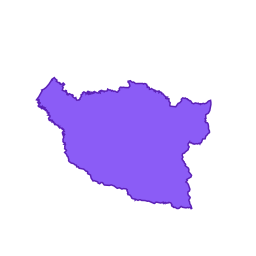 Pekalongan, Jawa Tengah, Indonesia, rotated 298°
{"feature_id": "22746128B43405552393366", "entity_name": "Pekalongan", "entity_type": "district", "adm_level": 2, "iso_a3": "IDN", "parent_name": "Indonesia", "parent_adm1": "Jawa Tengah", "projection": "natural_earth1", "projection_center": [109.637, -7.042], "detail": "fine", "context": "isolated", "style": "filled", "palette": "violet", "viewbox_px": 256, "rotation_deg": 298, "n_neighbors": 0, "source": "geoboundaries", "source_scale": "gbopen_adm2", "svg_char_len": 5782}
<svg xmlns="http://www.w3.org/2000/svg" viewBox="0 0 256 256"><g transform="rotate(298 128 128)"><path d="M191.2,187.9L189.5,186.4L186.8,185.6L185.3,184.1L185.1,182.9L183.6,181.4L183.5,180.8L182.9,180.7L183.2,180.3L182.6,179.3L182.9,178.5L182.4,178.0L181.7,175.6L180.3,174.7L180.0,172.9L181.2,170.9L181.3,169.9L180.9,169.5L181.4,167.9L181.1,167.2L181.6,166.7L181.2,165.4L181.4,164.5L180.6,163.9L180.3,162.2L178.4,161.6L177.5,162.4L176.7,162.4L174.5,161.8L173.3,160.7L169.2,160.2L167.3,155.5L167.3,154.5L169.1,153.6L170.0,153.5L170.8,151.6L172.2,150.9L172.6,150.2L173.0,150.3L173.0,149.1L172.1,148.9L171.9,147.4L172.5,147.1L173.3,147.5L172.9,146.8L173.3,146.6L173.6,144.7L174.5,143.3L174.1,141.7L174.9,141.4L175.1,140.5L175.0,139.7L174.6,139.6L174.9,138.9L174.0,138.6L175.2,137.9L174.3,136.9L173.8,135.4L173.0,135.2L174.0,134.2L174.0,133.9L173.1,133.7L173.7,133.0L173.8,130.1L172.9,129.8L172.2,128.8L173.7,127.8L173.8,127.3L172.9,126.0L173.4,125.6L174.1,125.7L174.4,124.6L175.3,124.0L175.3,122.5L174.8,121.4L174.2,121.1L174.1,119.8L170.8,113.8L171.2,111.4L170.4,110.5L170.6,108.5L170.9,108.0L169.3,106.1L168.4,106.7L168.3,107.7L166.3,109.8L165.6,110.0L163.9,109.5L162.4,106.5L161.7,104.5L160.8,103.6L160.8,102.6L160.3,102.0L158.5,101.8L157.6,102.7L155.8,101.9L155.5,102.2L154.6,101.9L154.3,101.2L154.5,99.8L154.3,98.8L153.6,98.1L153.8,96.6L152.9,96.0L153.4,94.9L152.7,93.4L152.8,91.8L151.1,92.2L150.2,91.3L149.7,90.1L148.8,89.9L149.2,89.0L148.7,88.3L148.9,87.3L148.2,87.3L148.1,86.3L147.6,86.3L147.3,85.6L146.6,85.3L146.5,86.4L145.9,86.9L145.9,86.0L145.1,85.6L144.5,84.1L144.4,82.1L143.4,81.8L143.4,81.4L144.1,81.0L143.1,80.3L142.5,81.1L142.2,80.9L141.7,80.3L142.4,79.2L141.3,78.9L141.0,78.6L141.0,78.0L141.9,77.4L140.8,76.7L141.4,75.9L141.7,75.9L141.6,75.4L140.5,75.1L140.0,75.7L140.4,76.9L140.1,78.3L139.8,77.7L139.2,77.6L139.3,76.5L138.8,74.8L138.6,74.8L139.2,74.3L139.2,72.1L137.7,71.4L137.1,72.0L135.1,71.0L134.4,72.0L132.4,71.7L131.3,71.7L130.9,72.1L129.5,71.5L129.5,70.9L128.5,70.0L128.6,69.3L130.3,67.6L129.3,67.1L129.7,64.2L130.7,64.3L130.7,63.8L131.2,63.7L131.2,63.0L130.7,62.9L130.8,60.2L129.2,59.6L129.3,58.7L128.9,58.6L129.0,58.3L129.4,58.3L129.4,58.7L130.0,58.9L130.0,57.8L130.4,57.7L130.6,56.4L131.7,56.4L132.0,56.1L131.8,55.2L130.8,55.3L130.5,52.3L132.6,51.7L133.1,51.9L134.1,50.4L135.6,51.2L135.8,50.9L136.8,51.4L137.3,49.7L135.7,49.1L134.9,48.0L135.1,47.0L135.7,47.1L135.9,46.1L135.4,45.1L135.6,42.8L136.9,42.8L137.2,40.8L137.9,39.3L135.3,38.0L135.2,38.4L134.7,38.5L134.7,38.2L134.0,38.0L129.6,37.6L125.5,36.7L122.8,35.5L121.0,34.0L120.6,34.7L113.8,34.6L109.9,34.0L110.1,35.0L111.0,35.2L111.2,36.1L110.9,36.4L110.2,36.2L109.8,36.9L108.4,36.2L108.3,36.6L109.0,38.5L108.5,38.7L108.2,37.5L107.7,37.3L107.1,38.5L106.3,38.5L105.8,39.0L105.3,38.4L105.1,38.6L104.9,40.0L105.6,40.5L104.9,41.8L106.2,41.3L106.1,41.8L105.0,42.3L105.0,42.8L106.9,42.4L106.7,42.8L106.1,43.0L106.0,43.7L106.8,44.0L106.9,44.5L106.5,45.0L105.6,43.9L105.2,44.2L105.2,44.8L106.0,45.3L105.3,45.3L104.9,46.6L105.7,46.6L105.8,47.2L104.9,47.8L105.1,48.8L104.2,49.0L103.4,49.8L104.3,50.4L104.4,50.8L103.0,51.6L101.9,51.3L102.2,51.9L102.0,52.6L102.3,53.0L101.9,53.6L101.0,53.9L100.4,53.4L99.1,53.4L97.8,55.0L97.9,55.3L98.7,55.1L98.9,56.3L98.2,56.8L99.1,57.6L97.7,58.2L98.6,58.9L98.5,59.4L97.8,59.7L97.7,61.3L97.1,61.1L96.6,61.7L97.3,63.2L97.2,64.5L97.5,65.1L96.8,65.7L97.0,66.2L96.7,66.0L95.9,67.6L96.6,68.4L96.5,69.7L96.9,70.2L96.5,70.6L96.6,71.1L96.0,71.0L96.3,72.1L95.3,72.6L94.9,73.4L93.9,72.2L92.9,72.3L92.6,72.8L92.9,73.9L92.7,75.1L91.6,75.0L91.4,73.8L89.8,75.6L87.4,75.9L85.9,76.9L85.4,77.0L85.1,77.9L85.3,79.5L84.9,79.7L83.6,79.1L83.8,80.6L82.2,80.7L80.5,81.8L79.9,81.8L79.7,83.5L79.2,84.3L76.7,83.5L75.9,86.0L74.5,87.7L74.6,88.3L72.4,90.5L71.7,90.6L70.8,91.6L70.4,94.3L71.0,96.6L70.6,98.6L70.9,100.0L69.6,100.9L69.7,101.3L70.4,102.3L69.5,103.7L70.9,108.2L70.1,111.4L70.5,112.0L70.4,112.9L69.9,113.4L69.2,113.4L68.6,114.5L69.0,115.5L68.8,117.0L66.5,118.9L64.8,122.0L65.6,122.7L66.1,125.8L66.1,126.8L65.3,127.5L65.5,129.2L67.2,129.7L67.8,131.2L66.7,133.3L66.6,134.0L68.6,138.6L69.9,139.8L70.3,142.8L69.7,146.8L71.2,148.5L71.2,151.3L72.3,152.3L73.3,154.7L73.1,156.3L72.3,156.4L70.9,158.3L70.1,158.3L69.8,159.1L69.2,159.2L69.7,161.0L69.0,162.9L67.9,164.2L67.8,165.2L68.5,167.7L67.7,168.2L68.7,168.6L68.8,170.8L69.9,171.6L70.5,172.7L70.4,173.9L72.0,177.2L72.4,179.3L73.2,180.7L73.7,186.6L74.3,187.1L75.2,187.2L76.0,188.2L77.1,192.1L78.5,193.4L78.1,194.5L79.0,194.4L78.7,196.1L79.7,196.0L79.8,197.5L80.3,197.8L80.6,198.6L81.4,198.9L82.0,200.8L81.1,202.6L80.5,202.5L79.6,203.6L79.9,204.9L79.3,205.3L79.4,205.9L80.1,206.8L79.9,209.0L80.5,210.2L81.2,210.8L83.7,211.7L83.6,213.4L84.7,216.7L85.9,218.0L86.0,219.0L86.8,219.6L87.0,220.7L86.4,221.6L86.9,222.0L87.5,221.5L89.1,219.9L90.1,218.2L91.9,216.8L92.5,215.8L93.7,215.4L94.6,215.7L96.0,215.4L97.1,212.6L98.5,211.4L100.0,211.0L101.2,211.8L103.0,211.4L106.5,207.7L107.3,206.1L107.5,204.5L109.6,205.0L110.1,204.0L114.3,206.6L116.1,206.3L118.0,201.9L119.6,201.5L120.9,200.2L121.6,196.2L123.0,195.9L123.7,194.0L124.5,193.4L124.7,192.4L125.2,191.9L125.5,190.8L126.2,190.2L128.1,190.2L129.0,188.8L130.8,188.3L131.7,188.8L132.4,189.7L133.6,189.8L137.1,191.3L138.2,190.9L139.9,190.9L140.4,190.5L140.7,189.4L142.1,188.5L144.8,188.9L144.2,189.4L144.3,190.3L144.8,190.8L144.4,192.2L145.0,193.3L144.7,193.9L146.3,195.8L146.6,197.0L147.7,197.8L147.9,198.4L147.6,199.0L148.7,198.9L149.6,199.6L153.3,199.1L154.7,201.2L157.3,200.5L158.8,201.1L160.2,201.2L162.2,202.1L163.6,201.3L165.0,199.5L167.3,198.3L169.2,196.8L169.8,195.6L169.3,194.0L169.8,193.8L169.9,193.1L170.7,193.3L170.7,192.9L171.5,192.7L172.5,191.7L173.2,192.3L174.2,191.4L176.3,190.4L178.9,192.0L181.8,192.0L187.6,190.2L189.6,189.1L191.2,187.9Z" fill="#8b5cf6" stroke="#5b21b6" stroke-width="1.5"/></g></svg>